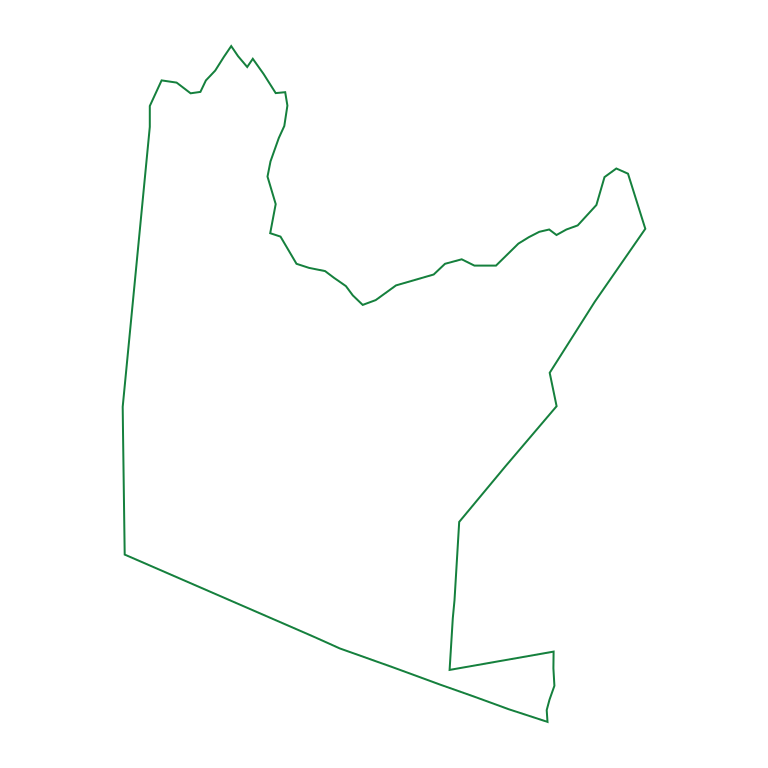 outline of Colônia Leopoldina, Alagoas, Brazil
{"feature_id": "56859067B882848988861", "entity_name": "Colônia Leopoldina", "entity_type": "district", "adm_level": 2, "iso_a3": "BRA", "parent_name": "Brazil", "parent_adm1": "Alagoas", "projection": "equal_earth", "projection_center": [-35.741, -8.938], "detail": "fine", "context": "isolated", "style": "outline", "palette": "green", "viewbox_px": 768, "rotation_deg": 0, "n_neighbors": 0, "source": "geoboundaries", "source_scale": "gbopen_adm2", "svg_char_len": 1013}
<svg xmlns="http://www.w3.org/2000/svg" viewBox="0 0 768 768"><path d="M149.8,126.9L122.7,406.8L123.0,431.1L124.7,554.6L313.9,636.8L339.7,648.4L377.4,661.8L392.6,667.2L439.8,684.5L475.2,697.0L508.6,709.2L547.5,721.9L546.7,710.1L549.5,699.7L554.4,685.8L553.4,668.3L553.6,651.6L449.6,669.9L452.8,618.2L454.5,600.3L459.2,521.9L505.6,466.1L556.6,406.2L549.7,372.8L594.8,301.7L645.3,228.8L628.0,173.7L616.3,168.5L604.5,177.1L596.4,205.0L577.7,225.4L566.4,229.5L556.5,235.0L549.2,229.5L539.3,231.8L528.8,237.2L518.4,243.6L496.0,265.6L474.4,265.6L461.7,259.3L445.0,263.8L433.7,274.5L396.0,285.4L375.7,300.1L362.7,304.9L352.8,295.4L345.9,286.1L334.1,277.9L325.1,271.1L309.1,267.9L296.5,263.8L280.5,236.6L270.2,233.2L275.7,204.1L267.5,176.6L270.5,161.4L278.8,138.0L284.3,126.0L287.4,105.6L285.2,92.2L275.7,93.1L263.6,74.0L252.8,58.8L247.2,67.0L238.0,56.1L231.2,46.1L223.8,57.0L215.2,70.6L205.9,80.4L200.4,91.9L190.6,93.3L176.6,82.6L161.6,80.4L149.8,106.0L149.8,126.9Z" fill="none" stroke="#15803d" stroke-width="2"/></svg>